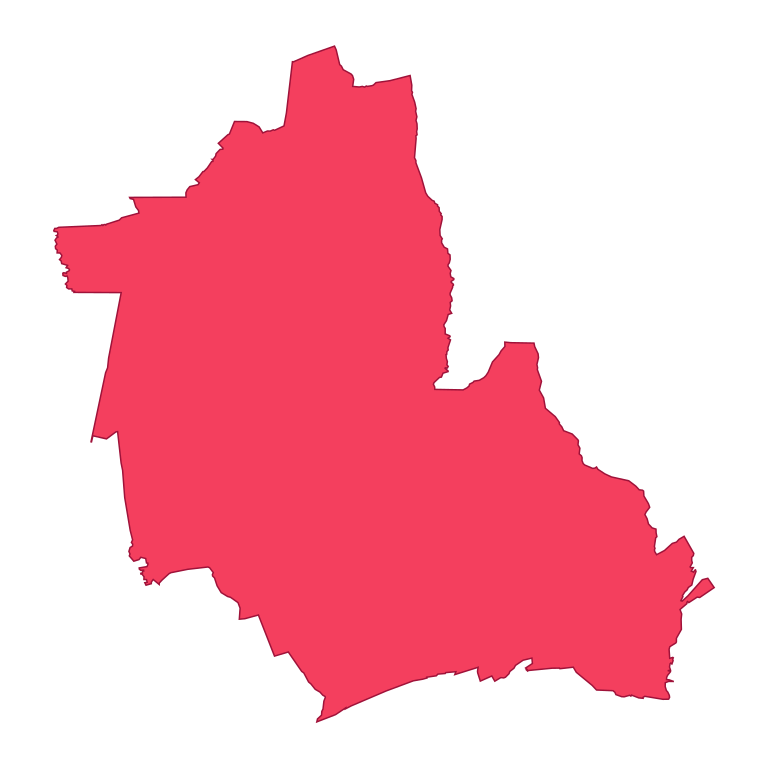 Vedea, Arges, Romania
{"feature_id": "2599482B53469887912463", "entity_name": "Vedea", "entity_type": "district", "adm_level": 2, "iso_a3": "ROU", "parent_name": "Romania", "parent_adm1": "Arges", "projection": "equal_earth", "projection_center": [24.639, 44.783], "detail": "fine", "context": "isolated", "style": "filled", "palette": "rose", "viewbox_px": 768, "rotation_deg": 0, "n_neighbors": 0, "source": "geoboundaries", "source_scale": "gbopen_adm2", "svg_char_len": 6058}
<svg xmlns="http://www.w3.org/2000/svg" viewBox="0 0 768 768"><path d="M668.6,699.2L669.6,697.3L669.3,695.3L667.8,692.1L666.4,690.5L665.2,686.6L665.3,682.7L668.7,681.4L673.8,681.5L669.1,679.8L666.5,679.6L666.7,677.2L667.6,675.3L670.5,671.7L670.5,671.1L667.7,670.7L670.5,670.1L669.5,667.0L670.0,663.9L670.7,663.1L671.9,664.0L673.1,660.7L672.7,659.1L673.3,657.8L672.8,657.4L669.7,658.3L669.1,649.3L669.8,646.7L675.9,642.9L676.4,641.9L676.4,638.3L681.4,629.4L681.1,619.3L681.7,614.0L680.0,609.5L686.9,603.6L686.9,602.2L687.6,601.5L688.8,602.6L697.2,597.1L699.7,597.5L714.2,587.6L707.8,578.3L702.3,579.7L687.9,595.9L682.2,601.1L680.9,600.7L682.9,596.6L682.4,595.8L684.7,592.1L687.1,589.9L688.3,587.5L691.8,585.0L693.1,579.4L696.0,571.5L695.5,569.9L694.6,570.3L693.6,572.1L691.3,571.1L693.3,567.6L690.6,567.6L690.1,566.9L692.3,562.9L691.7,560.4L691.7,557.3L693.3,555.6L693.8,553.4L684.1,536.3L679.0,539.3L676.5,542.1L672.3,543.4L664.5,550.5L656.6,554.7L654.6,551.3L654.5,549.5L655.0,548.5L654.4,546.5L655.7,537.8L656.9,536.7L656.1,532.8L656.0,529.1L652.1,527.9L648.5,524.0L647.1,518.7L644.9,514.6L646.1,512.0L649.7,507.3L648.4,503.6L643.9,496.0L643.6,491.1L642.5,490.2L639.2,489.8L635.9,486.2L628.8,480.8L611.3,476.9L604.7,473.8L597.9,469.3L596.5,467.0L594.9,468.1L592.7,468.4L584.7,465.0L583.2,463.6L582.0,460.5L582.1,457.7L581.4,455.8L579.2,453.9L579.9,448.2L578.0,444.8L578.4,440.9L578.0,439.9L572.2,434.0L563.6,430.7L561.8,426.8L559.3,423.9L559.4,422.5L555.3,416.7L545.4,408.3L543.6,397.9L539.3,390.1L541.5,381.3L537.3,369.6L537.6,367.7L536.9,364.5L538.5,357.7L538.1,353.8L534.7,346.6L534.0,343.1L510.9,342.7L504.8,342.1L504.9,346.5L501.1,350.9L499.0,354.7L492.5,361.9L488.2,372.2L485.9,375.7L483.8,377.7L479.3,380.3L474.1,381.1L473.0,382.4L469.6,384.1L469.0,386.1L466.7,388.0L463.1,389.9L434.8,389.4L434.7,387.0L433.4,384.3L434.0,382.6L439.5,377.4L441.4,377.1L443.0,373.2L448.1,371.6L448.0,370.8L445.1,368.4L445.3,367.8L447.4,368.0L448.2,366.4L446.9,364.7L447.4,361.6L446.4,358.6L446.0,354.6L446.7,354.5L446.9,351.6L448.2,350.0L447.9,347.8L450.5,339.9L448.0,338.2L450.1,336.7L449.8,335.8L445.2,333.9L445.2,328.4L444.1,326.7L443.8,324.8L446.5,320.6L448.2,314.5L451.7,313.3L449.7,309.9L450.6,306.0L450.2,302.4L452.1,300.8L451.7,297.8L450.1,294.8L450.1,293.2L452.6,287.4L452.6,286.2L453.5,285.0L453.3,284.2L451.2,282.3L451.2,281.4L453.8,279.6L453.8,278.5L450.8,276.8L450.2,273.4L451.0,270.5L448.0,266.2L448.1,264.6L449.3,262.9L450.2,259.3L450.0,254.9L447.9,253.3L447.5,248.9L444.2,247.2L441.6,242.8L441.6,240.0L442.3,238.8L440.1,235.5L439.8,229.6L442.1,219.5L442.1,216.4L440.7,214.9L441.2,213.6L439.3,211.3L439.1,207.6L437.5,206.1L437.6,204.8L434.8,203.2L434.2,201.2L432.1,200.3L427.8,196.3L425.7,192.8L421.5,177.9L415.9,162.8L415.9,160.5L414.5,157.8L416.1,138.7L415.9,135.8L417.1,134.8L416.6,131.5L417.2,128.9L417.0,123.8L416.0,120.4L416.9,116.8L415.6,111.3L416.1,108.7L414.7,102.2L411.9,94.3L412.5,92.3L411.6,90.8L411.8,85.2L410.1,75.5L389.8,80.7L376.0,82.6L373.4,85.1L371.8,85.7L367.3,86.4L366.3,86.0L364.6,87.1L362.3,86.4L359.3,87.0L352.7,86.4L353.7,79.3L352.5,75.6L351.2,74.1L343.2,69.7L341.4,66.1L339.7,64.6L336.2,49.9L334.5,46.1L308.0,55.4L292.6,62.2L292.5,61.0L286.4,113.0L284.0,125.9L274.6,130.3L273.3,129.8L270.2,131.1L267.4,131.0L262.8,132.9L259.1,126.9L253.3,123.3L246.9,121.6L234.5,121.5L229.4,134.1L227.9,134.7L218.3,143.3L223.0,148.1L222.8,149.2L220.1,149.4L216.1,153.6L215.6,156.1L213.1,159.4L212.3,159.4L213.0,160.0L212.9,161.4L211.7,161.5L207.3,168.0L203.9,171.5L202.9,171.6L199.0,176.7L195.4,179.6L199.3,182.8L198.0,184.7L189.8,186.6L187.2,189.8L185.9,192.8L186.0,197.2L129.6,197.4L130.2,198.6L133.5,199.4L135.8,206.9L138.5,210.5L138.9,213.1L121.6,217.8L119.3,220.1L106.5,224.2L105.8,225.0L105.1,224.5L103.9,224.6L102.9,225.5L102.0,224.7L100.9,225.5L58.8,227.3L56.6,228.4L54.8,228.4L53.8,230.5L54.1,231.4L57.2,231.8L57.8,233.2L57.7,235.0L56.3,235.5L58.0,237.0L56.5,238.0L55.0,240.2L56.9,244.1L55.3,246.2L55.6,248.7L57.3,250.1L57.1,252.9L60.0,253.0L61.8,255.3L61.4,257.3L59.5,259.6L61.1,260.9L61.7,263.6L67.6,265.4L66.1,267.7L68.6,268.5L69.5,269.9L69.0,270.8L66.4,272.2L66.5,273.4L63.8,272.7L62.8,273.2L63.0,275.5L65.3,276.4L67.1,276.0L67.8,277.8L68.1,281.2L65.4,284.0L66.9,285.4L66.6,287.5L68.6,288.9L71.8,288.9L72.2,290.9L74.5,291.4L74.0,292.4L121.2,292.6L108.6,358.1L107.6,367.8L105.6,372.7L91.0,441.8L91.5,441.9L92.9,435.8L106.5,438.9L115.9,431.9L117.6,431.6L121.1,463.0L122.6,470.3L124.7,497.5L130.2,530.4L132.6,539.9L131.4,542.5L132.7,544.1L132.5,546.1L130.1,547.5L128.9,551.4L130.0,554.0L129.3,555.9L133.8,561.2L139.0,559.6L140.8,557.3L145.7,558.5L146.5,563.0L147.8,563.1L147.9,564.5L147.0,566.6L139.2,567.9L139.3,569.1L140.8,570.4L143.6,570.2L143.7,571.0L142.9,571.0L142.4,572.1L142.5,573.0L140.8,573.3L141.0,574.1L141.8,573.9L144.0,576.7L143.9,579.5L146.5,579.6L147.2,582.3L144.8,582.7L146.0,585.2L151.3,583.7L151.4,582.0L153.2,579.5L159.2,584.5L159.3,583.0L162.1,580.0L169.0,573.7L170.9,572.7L187.8,569.3L207.9,567.0L209.6,567.7L213.3,572.6L212.4,574.5L212.6,576.0L214.5,577.9L217.1,585.8L221.2,592.6L227.6,596.5L230.5,597.3L238.0,602.6L240.1,608.2L239.3,619.2L244.9,618.7L258.4,615.0L274.5,656.1L288.3,652.0L301.7,671.4L303.8,672.9L308.6,682.0L311.0,684.0L315.2,689.3L320.0,692.1L322.8,695.2L325.1,696.5L325.3,697.5L323.9,701.1L323.0,709.0L321.8,711.4L321.5,715.2L317.5,718.9L316.8,721.9L335.6,714.6L345.6,707.9L345.4,708.9L351.4,705.8L386.3,690.9L413.4,680.8L422.7,679.2L427.0,678.0L426.8,677.2L436.3,675.8L437.9,674.1L445.2,673.5L445.8,672.6L455.9,671.7L454.8,674.6L478.1,667.3L477.5,671.2L477.7,672.9L480.3,681.1L491.8,676.0L494.8,681.2L500.8,677.6L503.8,677.9L505.5,677.2L509.0,673.7L509.8,671.5L513.9,668.3L515.5,665.4L523.1,660.2L531.9,658.1L532.4,663.5L525.6,668.0L527.0,669.4L526.3,669.8L527.7,671.1L528.3,670.5L552.2,668.2L559.5,668.1L559.9,668.7L573.3,667.2L576.3,672.3L592.2,685.4L596.5,690.0L613.0,690.7L614.9,692.3L615.9,694.6L621.7,696.7L624.3,696.8L629.6,695.3L630.9,696.1L631.5,695.1L638.8,697.9L643.1,698.3L643.0,697.4L644.8,696.3L662.9,699.3L668.6,699.2Z" fill="#f43f5e" stroke="#9f1239" stroke-width="1.5"/></svg>